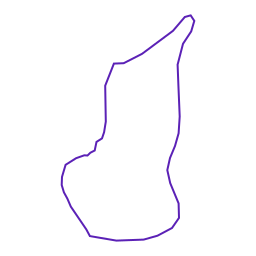 the Municipality of Brežice
{"feature_id": "SVN-938", "entity_name": "Brežice", "entity_type": "Municipality", "adm_level": 1, "iso_a3": "SVN", "parent_name": "Slovenia", "parent_adm1": "", "projection": "orthographic", "projection_center": [15.611, 45.93], "detail": "fine", "context": "isolated", "style": "outline", "palette": "violet", "viewbox_px": 256, "rotation_deg": 0, "n_neighbors": 0, "source": "natural_earth", "source_scale": "10m", "svg_char_len": 637}
<svg xmlns="http://www.w3.org/2000/svg" viewBox="0 0 256 256"><path d="M190.7,15.4L194.3,20.9L191.2,31.4L183.0,43.8L177.7,64.3L177.6,64.5L178.4,85.4L179.7,116.5L178.6,133.3L175.0,146.0L170.0,158.0L167.3,170.1L170.2,183.1L178.6,203.4L179.0,217.9L172.0,228.0L157.5,235.7L143.7,239.6L116.4,240.6L89.9,236.1L89.8,235.9L86.3,229.4L70.8,206.6L67.4,198.7L63.9,192.3L61.7,185.0L62.0,176.9L65.6,164.8L76.1,158.2L84.3,155.3L87.5,155.5L90.4,152.7L94.7,150.5L96.5,141.9L102.0,138.4L104.1,132.2L105.8,121.6L105.2,85.7L113.9,63.6L123.7,63.2L142.1,53.8L173.0,30.8L184.8,17.0L190.5,15.4L190.7,15.4Z" fill="none" stroke="#5b21b6" stroke-width="2"/></svg>